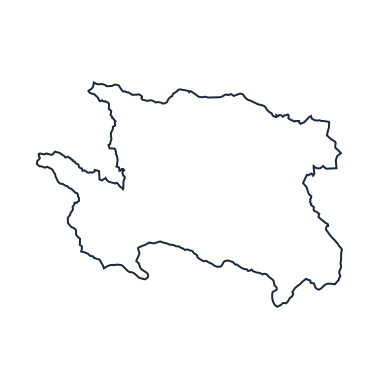 the district of Mu Cang Chai, Yên Bái, Vietnam, rotated 187°
{"feature_id": "81297802B12607058922832", "entity_name": "Mu Cang Chai", "entity_type": "district", "adm_level": 2, "iso_a3": "VNM", "parent_name": "Vietnam", "parent_adm1": "Yên Bái", "projection": "orthographic", "projection_center": [104.163, 21.805], "detail": "fine", "context": "isolated", "style": "outline", "palette": "slate", "viewbox_px": 384, "rotation_deg": 187, "n_neighbors": 0, "source": "geoboundaries", "source_scale": "gbopen_adm2", "svg_char_len": 6015}
<svg xmlns="http://www.w3.org/2000/svg" viewBox="0 0 384 384"><g transform="rotate(187 192 192)"><path d="M312.1,151.2L311.4,146.3L310.5,145.2L307.9,142.8L303.9,141.3L302.8,140.4L302.2,138.8L302.0,135.7L300.0,133.7L297.4,131.9L296.9,125.8L295.0,124.9L294.6,124.1L294.4,122.0L294.7,119.4L292.1,119.2L287.6,118.0L285.5,116.3L282.2,116.0L281.3,114.6L275.6,113.6L271.6,108.4L270.1,105.5L267.2,107.9L264.2,109.5L262.2,110.0L260.8,109.8L259.3,110.4L257.0,110.8L253.5,110.9L251.9,110.3L246.3,105.9L244.2,104.9L242.1,105.0L239.3,104.2L233.9,100.4L228.8,99.6L227.5,99.8L225.4,102.1L225.3,103.6L226.0,105.3L227.1,106.3L233.1,109.3L234.1,110.5L236.1,114.7L238.7,116.3L238.7,117.8L236.9,123.3L236.7,124.8L238.5,128.7L238.7,129.6L238.4,130.2L237.6,130.8L231.3,134.3L228.3,136.7L227.4,136.4L223.4,136.4L217.5,139.1L216.1,138.6L209.4,137.6L208.4,137.1L203.8,137.1L201.2,136.2L198.2,136.3L196.2,135.3L194.1,134.8L191.9,133.6L190.5,134.2L188.9,134.3L186.8,133.7L185.0,133.6L184.2,133.2L182.7,131.6L179.4,129.9L178.7,128.0L177.2,126.9L172.4,124.8L171.4,124.7L170.2,125.4L169.5,125.4L166.7,124.1L163.3,123.1L160.6,121.5L157.4,120.8L154.2,121.6L152.8,124.2L152.1,126.2L151.2,127.2L150.6,127.7L147.5,128.4L142.9,127.4L140.1,125.2L138.7,125.5L134.4,123.1L130.9,121.9L127.8,121.8L126.8,120.5L124.9,121.0L123.3,122.3L121.9,120.9L117.7,119.9L115.1,120.0L111.9,118.8L110.5,119.7L108.0,119.5L104.9,116.9L101.8,115.1L100.3,113.9L98.6,109.2L96.9,108.1L96.2,107.1L96.1,105.3L99.6,102.7L99.8,102.2L99.9,99.8L99.4,96.3L98.4,93.5L96.9,91.0L94.9,89.2L93.3,88.5L90.1,90.7L88.3,92.8L87.3,93.1L85.1,93.0L84.7,93.3L83.5,95.1L82.0,98.6L80.0,100.6L79.4,101.9L79.1,103.6L80.0,104.4L80.1,104.9L78.6,108.4L76.3,111.2L73.5,113.7L71.7,116.3L68.1,119.8L67.1,119.2L63.8,118.6L63.5,116.9L62.9,116.3L59.9,116.2L57.8,112.2L56.1,110.9L54.3,110.5L52.1,112.0L49.9,114.8L48.4,116.3L46.5,117.4L43.7,117.9L39.0,117.8L35.7,122.6L35.5,124.3L34.5,126.6L35.8,129.0L36.2,130.7L35.0,135.0L34.9,136.4L35.9,139.2L35.8,142.7L36.5,149.9L36.2,153.2L37.3,154.6L40.1,156.9L40.8,158.2L44.2,161.3L48.6,164.8L54.1,170.6L54.5,171.5L54.5,172.7L54.1,174.5L52.7,174.9L53.2,176.6L56.4,178.0L62.2,181.7L63.5,183.0L63.0,185.7L66.0,187.5L67.6,187.9L68.9,188.5L69.1,189.3L69.2,191.8L72.4,193.7L72.5,194.2L72.3,195.1L73.2,195.7L73.7,196.6L73.4,198.1L73.8,199.4L73.1,200.4L73.1,202.4L74.9,203.5L76.3,205.0L78.4,209.8L79.2,211.1L82.9,214.4L80.1,223.0L78.2,222.8L77.1,224.0L75.9,224.8L75.3,224.8L74.7,223.9L74.0,224.0L73.7,223.2L73.1,224.2L72.8,225.3L74.1,230.3L74.4,232.5L71.3,230.8L67.7,231.1L64.9,233.8L63.2,232.3L61.4,231.5L51.5,233.2L53.1,240.9L52.3,245.3L48.9,248.7L52.6,251.8L54.9,253.2L55.4,254.3L55.4,258.4L56.2,259.3L57.4,260.1L60.4,261.3L65.0,264.7L64.7,268.2L63.9,272.9L64.3,275.5L64.2,277.4L64.6,278.3L69.4,278.5L72.0,278.3L74.2,278.7L76.5,278.2L79.0,278.2L82.0,279.4L83.2,281.9L84.8,280.7L89.0,275.0L92.5,272.9L94.2,274.4L94.3,275.5L97.7,275.2L99.2,274.4L100.9,275.4L102.0,275.2L103.9,276.3L105.0,276.6L105.3,276.8L105.3,278.7L105.6,280.2L106.4,280.6L107.5,279.9L109.6,279.4L110.9,277.8L113.0,279.0L114.7,279.0L115.8,277.8L117.6,278.6L117.2,277.2L117.5,276.6L118.1,276.5L121.1,277.6L122.6,279.8L125.3,281.0L128.3,283.4L128.7,284.4L130.7,286.0L132.3,286.5L137.5,287.2L144.7,289.7L147.5,290.3L149.4,291.2L151.4,292.9L153.2,295.0L154.4,295.4L156.4,295.5L162.3,292.4L163.4,293.1L165.4,293.9L167.8,292.6L169.6,293.0L171.4,292.3L173.8,290.3L176.3,289.4L187.7,287.7L190.4,288.2L193.2,287.4L195.5,287.2L197.5,287.5L199.0,288.6L205.1,291.7L206.0,291.9L206.9,290.7L208.1,291.9L216.3,292.4L218.1,291.8L219.2,290.1L222.7,287.2L223.1,286.2L223.2,285.1L225.7,282.9L226.8,281.2L228.0,277.9L229.9,276.6L232.0,276.3L233.4,276.9L236.0,277.1L237.2,277.1L239.1,276.4L241.1,277.5L243.5,278.0L244.9,277.9L247.1,277.0L252.5,277.6L253.6,278.5L253.6,279.3L253.1,280.2L253.2,280.7L254.0,281.3L256.3,282.3L257.4,282.4L259.0,281.8L263.1,281.2L267.4,283.1L268.7,283.0L271.0,283.7L272.6,283.3L274.0,284.4L277.8,288.9L280.7,289.3L281.8,289.1L284.5,287.5L288.8,286.7L290.1,286.8L291.0,287.6L294.2,288.2L298.3,287.5L299.9,287.6L302.8,288.7L302.9,285.4L303.4,283.6L304.2,282.3L307.1,279.9L306.7,279.0L305.2,277.8L300.7,277.0L296.9,274.2L294.8,271.0L294.1,271.0L292.6,272.1L291.2,271.2L289.9,271.0L289.1,271.6L287.5,270.7L286.5,270.7L285.1,269.4L284.6,264.3L282.3,262.8L282.0,262.3L282.2,258.7L280.2,256.4L280.3,255.9L278.3,254.7L277.7,253.7L276.5,252.9L277.0,252.2L277.1,251.1L276.3,249.6L276.9,248.0L277.6,247.9L278.5,246.9L278.2,245.5L278.4,244.2L279.6,240.8L279.4,237.7L278.5,235.3L278.5,233.9L279.1,231.5L279.0,230.1L279.1,229.6L280.6,228.5L279.1,225.3L274.1,225.6L273.5,225.1L272.2,222.1L272.1,220.3L271.0,219.0L269.8,215.1L269.7,209.4L270.0,208.0L268.3,207.8L267.2,207.0L266.6,204.2L265.7,204.4L264.7,205.6L264.5,206.3L262.8,206.3L261.9,205.3L263.2,204.3L263.4,202.7L262.7,200.7L261.9,199.7L260.9,199.3L260.5,198.2L260.5,197.0L261.0,196.2L261.3,193.9L260.6,187.3L260.9,186.4L261.6,187.4L264.3,188.6L266.6,191.3L268.0,191.9L269.2,191.1L276.0,192.1L277.8,193.3L279.5,195.4L279.9,194.6L281.4,193.9L282.8,192.5L285.4,193.3L286.8,201.4L291.2,202.1L291.4,201.7L291.2,200.4L292.0,199.7L293.5,199.0L294.4,199.4L297.4,198.4L301.6,200.4L303.2,199.7L304.1,201.9L305.9,202.2L307.2,203.1L308.1,205.4L311.2,206.5L311.7,207.6L314.2,208.4L314.4,209.3L315.9,209.6L316.5,210.7L317.5,210.8L319.5,211.9L321.9,210.8L323.3,212.2L326.7,213.8L327.8,214.6L332.9,215.3L334.9,212.3L335.6,211.9L337.6,211.9L341.0,212.5L343.4,211.3L347.4,211.7L348.5,211.3L348.8,210.5L348.2,209.5L348.2,208.4L347.2,207.3L347.2,206.8L347.8,205.7L349.3,204.1L349.5,201.7L349.4,201.1L347.9,199.8L346.5,199.0L344.4,199.1L340.9,198.2L338.8,199.4L333.9,197.6L332.3,196.0L331.4,194.4L330.1,193.3L329.4,190.9L326.1,185.8L323.6,184.2L321.5,184.3L318.3,182.8L316.7,182.7L314.4,180.9L311.9,180.3L307.6,177.0L306.1,176.9L305.0,175.7L304.6,173.8L303.6,172.5L303.1,169.3L304.6,168.3L304.7,167.7L305.3,167.1L306.8,167.2L307.3,167.0L307.2,165.3L308.7,162.8L308.1,160.4L308.2,159.6L310.0,156.3L310.1,154.7L312.1,151.2Z" fill="none" stroke="#1e293b" stroke-width="2"/></g></svg>